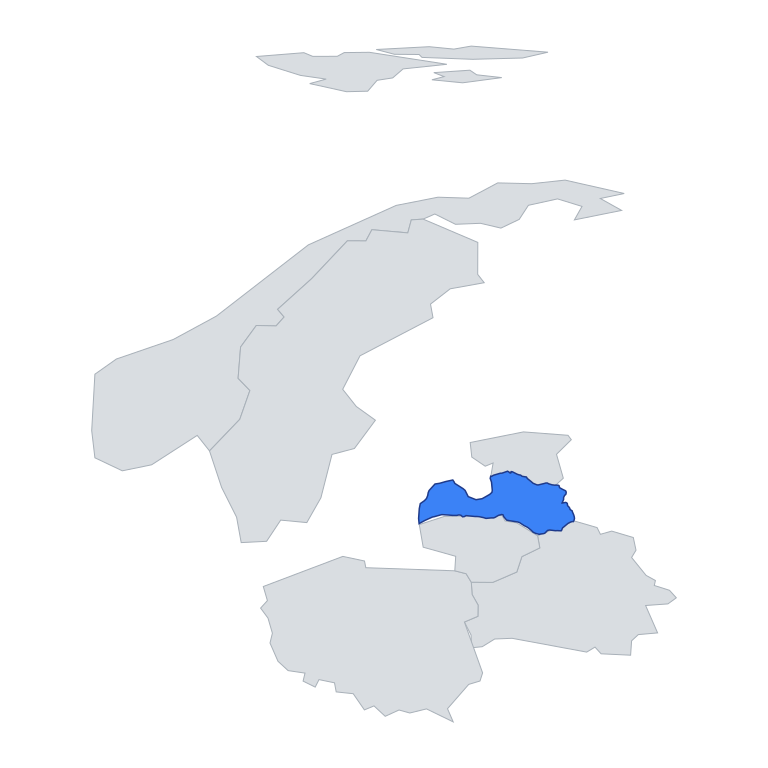 Latvia highlighted among its neighbors
{"feature_id": "LVA", "entity_name": "Latvia", "entity_type": "country or territory", "adm_level": 0, "iso_a3": "LVA", "parent_name": "Europe", "parent_adm1": "", "projection": "equal_earth", "projection_center": [25.364, 56.865], "detail": "fine", "context": "with_neighbors", "style": "filled", "palette": "blue", "viewbox_px": 768, "rotation_deg": 0, "n_neighbors": 6, "source": "natural_earth", "source_scale": "50m", "svg_char_len": 4800}
<svg xmlns="http://www.w3.org/2000/svg" viewBox="0 0 768 768"><path d="M337.3,56.3L344.2,52.6L369.4,52.3L446.9,64.3L403.1,68.9L392.7,77.9L377.1,80.3L367.7,91.2L346.5,91.7L309.7,83.6L326.2,79.1L300.5,75.4L268.3,65.3L256.5,56.5L303.9,52.7L312.8,56.4L337.3,56.3ZM621.6,210.4L574.4,219.9L582.0,206.4L557.5,198.9L528.4,205.3L519.2,219.4L500.9,228.1L480.5,223.3L455.5,224.3L434.8,214.0L423.1,219.1L411.3,219.9L407.8,232.9L371.9,229.7L365.9,240.9L347.4,240.8L311.6,278.7L277.6,309.3L284.1,317.0L276.1,325.9L256.3,325.5L240.6,347.0L238.1,378.3L249.9,390.5L239.8,419.3L209.5,450.9L197.2,435.4L151.6,464.8L122.3,470.8L94.9,457.8L91.7,430.6L94.9,374.2L116.4,359.0L173.2,339.5L216.4,316.1L308.3,244.9L396.2,205.4L438.0,197.2L468.9,198.2L497.7,182.9L531.7,183.7L565.1,180.1L624.2,193.5L600.3,198.5L621.6,210.4ZM548.0,52.2L522.6,58.0L472.7,59.3L422.0,57.4L419.1,54.5L394.5,54.3L376.2,49.5L429.2,46.7L453.9,49.1L471.2,46.1L548.0,52.2ZM501.8,77.6L462.6,82.8L431.9,79.8L444.1,76.6L433.8,72.6L469.9,70.2L476.7,74.8L501.8,77.6Z" fill="#d9dde1" stroke="#a8b0b8" stroke-width="1"/><path d="M209.5,450.9L239.8,419.3L249.9,390.5L238.1,378.3L240.6,347.0L256.3,325.5L276.1,325.9L284.1,317.0L277.6,309.3L311.6,278.7L347.4,240.8L365.9,240.9L371.9,229.7L407.8,232.9L411.3,219.9L423.1,219.1L477.8,242.4L477.7,274.4L484.2,282.7L450.2,288.8L430.5,304.1L433.0,317.7L360.0,355.8L342.7,389.3L356.3,406.5L375.4,420.2L354.4,448.5L332.0,454.4L320.9,497.8L306.8,522.6L280.7,520.1L266.6,541.3L241.2,542.6L236.6,517.2L221.6,487.4L209.5,450.9Z" fill="#d9dde1" stroke="#a8b0b8" stroke-width="1"/><path d="M574.0,520.9L597.1,527.6L600.4,534.3L611.7,531.1L633.3,537.5L636.0,550.2L631.6,557.5L646.1,575.4L655.4,580.5L654.3,585.5L669.5,590.3L676.3,597.8L667.9,603.9L645.6,605.5L657.6,632.9L638.3,634.6L631.6,640.8L630.6,655.2L601.1,653.8L595.0,647.1L586.7,652.1L512.1,638.3L494.7,639.0L482.2,646.7L471.4,647.8L471.1,635.1L464.4,622.0L477.9,616.3L478.1,605.1L472.1,594.5L471.3,582.2L492.7,582.4L516.8,572.0L521.9,556.6L539.8,547.9L537.6,535.8L574.0,520.9Z" fill="#d9dde1" stroke="#a8b0b8" stroke-width="1"/><path d="M471.3,582.2L472.1,594.5L478.1,605.1L477.9,616.3L464.4,622.0L482.6,672.9L480.0,681.0L468.7,684.4L447.5,708.7L453.2,721.9L426.5,708.9L409.8,713.0L399.0,710.0L385.2,716.3L374.0,705.9L364.4,709.9L353.2,693.7L336.2,691.9L334.5,682.8L319.0,679.6L315.2,687.1L303.1,681.1L305.0,673.1L288.1,670.6L278.0,661.3L270.0,643.0L272.4,633.2L268.0,618.1L260.6,608.1L267.4,600.6L263.3,586.5L342.8,556.4L364.5,561.0L365.8,567.7L454.8,570.8L466.1,573.7L471.3,582.2Z" fill="#d9dde1" stroke="#a8b0b8" stroke-width="1"/><path d="M537.6,535.8L539.8,547.9L521.9,556.6L516.8,572.0L492.7,582.4L471.3,582.2L466.1,573.7L454.8,570.8L455.7,556.3L423.2,547.2L419.3,524.6L444.4,516.4L502.0,515.5L505.1,521.0L516.6,522.8L537.6,535.8Z" fill="#d9dde1" stroke="#a8b0b8" stroke-width="1"/><path d="M568.0,435.3L571.3,439.7L556.5,454.3L563.3,478.2L554.2,486.5L536.5,486.4L508.7,473.6L490.5,478.2L493.1,463.0L485.2,466.2L471.8,457.1L470.2,442.5L523.5,431.9L568.0,435.3Z" fill="#d9dde1" stroke="#a8b0b8" stroke-width="1"/><path d="M539.8,534.3L538.7,534.2L535.6,533.4L533.0,532.1L531.4,530.5L528.7,528.2L526.9,527.0L524.1,525.6L519.5,522.6L517.8,522.0L509.5,520.7L506.6,520.1L503.8,516.8L503.0,514.8L501.6,514.5L500.2,514.9L498.6,515.3L494.8,517.5L493.6,517.9L491.3,517.9L486.0,518.4L483.5,517.6L479.3,516.7L477.0,516.5L475.0,516.5L466.0,515.6L464.3,516.6L462.6,516.8L461.0,515.3L459.0,514.9L456.8,515.4L452.8,515.4L448.0,515.0L441.9,514.6L441.0,514.8L434.2,516.7L432.5,517.0L425.0,520.4L419.1,523.6L418.6,518.5L419.3,508.5L420.3,503.6L424.4,500.7L426.5,498.5L427.7,495.5L428.2,492.7L429.1,490.5L435.0,484.0L439.6,483.3L445.9,481.5L452.8,480.0L454.1,481.9L454.8,483.4L463.0,488.6L465.1,490.4L468.2,496.6L476.0,499.7L482.1,498.7L484.8,497.2L489.7,494.4L491.9,492.4L492.3,490.4L491.5,482.1L490.2,478.4L490.7,476.2L491.6,476.3L493.6,475.2L500.4,473.2L501.8,473.2L503.3,472.7L507.6,471.2L508.9,472.0L510.1,473.0L510.7,473.0L511.0,472.6L510.9,472.0L511.2,471.6L512.4,471.8L517.4,474.3L519.3,474.9L520.6,475.1L522.1,476.3L526.4,477.0L526.9,477.7L527.2,478.4L531.2,481.6L533.0,483.2L536.5,484.7L538.0,485.0L544.2,483.5L545.9,483.0L547.3,483.0L548.7,483.8L552.0,484.8L555.0,485.2L555.6,485.1L558.1,485.2L559.0,485.6L559.6,487.7L562.5,489.3L565.2,490.6L565.9,491.2L566.2,492.4L566.0,493.8L565.7,494.5L564.6,495.4L563.6,497.5L563.6,499.5L562.1,503.0L562.4,503.0L565.7,502.4L566.6,502.8L567.3,503.5L567.6,505.7L568.7,506.7L569.8,508.3L570.1,509.5L572.2,510.9L572.4,511.8L573.8,515.1L574.3,517.0L574.5,518.5L574.0,520.4L573.4,521.6L572.8,521.5L570.9,521.9L568.0,523.4L563.7,527.0L562.6,527.8L561.5,530.5L561.2,530.8L558.6,530.7L557.9,530.6L555.3,530.7L549.7,530.0L547.6,530.4L544.8,533.2L543.7,533.6L540.4,534.0L539.8,534.3Z" fill="#3b82f6" stroke="#1e3a8a" stroke-width="1.5"/></svg>